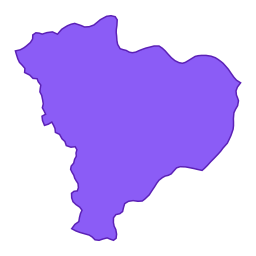 São José da Barra, Minas Gerais, Brazil
{"feature_id": "56859067B48655576438167", "entity_name": "São José da Barra", "entity_type": "district", "adm_level": 2, "iso_a3": "BRA", "parent_name": "Brazil", "parent_adm1": "Minas Gerais", "projection": "orthographic", "projection_center": [-46.25, -20.76], "detail": "fine", "context": "isolated", "style": "filled", "palette": "violet", "viewbox_px": 256, "rotation_deg": 0, "n_neighbors": 0, "source": "geoboundaries", "source_scale": "gbopen_adm2", "svg_char_len": 2396}
<svg xmlns="http://www.w3.org/2000/svg" viewBox="0 0 256 256"><path d="M102.9,239.0L107.2,237.9L110.3,239.2L113.5,240.3L116.1,238.3L116.6,234.2L115.8,229.6L114.1,226.1L113.4,222.5L113.5,217.8L115.9,214.6L119.8,213.7L122.6,211.5L123.6,207.2L124.7,203.6L128.5,201.3L133.1,200.6L138.0,201.3L142.3,201.0L144.9,199.0L146.9,197.1L149.2,194.9L151.7,191.0L154.6,186.7L156.7,183.3L159.0,180.2L162.5,177.5L165.3,176.0L168.1,175.4L171.2,173.9L173.9,170.8L176.5,167.9L180.1,166.7L185.6,166.9L190.8,167.9L194.6,168.7L197.9,169.5L202.1,170.4L204.4,168.4L207.3,165.5L210.8,161.6L213.7,158.7L215.9,156.4L218.1,154.1L220.6,151.3L222.8,148.3L224.8,146.0L227.3,143.2L229.2,139.3L230.9,135.6L232.0,132.5L233.1,129.2L233.5,125.7L233.5,121.8L233.4,118.7L233.9,112.8L235.4,109.5L237.6,105.7L238.5,100.8L237.6,98.0L236.4,95.0L236.0,90.9L237.4,87.1L240.6,82.8L236.5,80.2L233.9,77.3L231.0,73.2L228.3,69.2L225.6,66.1L223.1,63.3L220.9,61.5L218.2,59.5L215.3,57.7L211.1,56.2L206.0,55.4L201.6,55.4L198.2,55.7L195.2,56.4L192.4,58.1L189.0,60.2L185.3,62.4L182.4,63.3L178.9,62.6L175.0,60.7L171.3,57.7L167.8,53.9L165.1,50.8L162.3,48.2L159.0,46.0L154.1,46.0L149.8,47.1L145.8,48.1L142.2,49.4L138.6,50.8L135.8,52.1L132.4,52.7L129.4,52.2L126.1,50.4L123.2,49.7L120.1,48.7L117.6,44.3L116.9,40.5L116.6,36.0L116.2,32.6L116.3,29.6L116.9,25.4L117.2,19.8L115.2,16.7L111.0,15.7L106.6,16.3L103.8,17.8L100.3,19.7L97.1,22.4L93.9,25.0L89.3,26.7L84.5,27.0L81.1,25.5L77.7,24.4L74.7,23.4L71.2,24.2L67.5,25.7L64.5,27.5L61.7,29.3L59.7,31.6L57.5,34.2L52.5,31.9L46.9,32.6L42.2,34.1L39.1,33.1L35.8,32.8L32.8,34.9L32.6,39.0L30.4,42.5L26.5,45.9L23.8,47.9L20.3,49.8L15.4,50.9L16.4,54.4L17.8,58.8L19.5,62.4L22.2,65.2L24.9,68.4L24.6,72.5L29.8,75.1L33.0,78.4L37.1,78.7L38.3,81.8L40.8,85.1L40.2,88.7L39.9,91.9L41.7,95.4L42.6,99.8L43.3,103.9L42.3,107.8L44.0,110.8L45.6,114.2L42.0,116.2L42.5,120.5L44.5,125.4L48.3,124.2L51.8,122.1L53.6,125.4L55.0,128.5L55.4,132.4L59.6,134.4L62.0,138.8L64.9,141.5L66.3,145.6L70.9,147.2L75.2,146.7L76.9,149.7L76.0,153.0L76.3,156.2L74.6,159.3L73.7,163.1L71.2,166.1L70.6,169.3L72.1,172.4L73.8,175.2L74.7,178.2L76.2,180.8L78.0,183.5L78.4,187.7L77.3,190.9L74.0,191.3L71.5,193.3L71.7,197.9L73.0,201.7L75.9,204.5L79.8,207.2L82.0,210.2L80.5,213.5L79.5,217.4L78.8,221.6L74.9,224.4L71.7,228.7L75.8,230.9L79.8,232.4L84.0,233.6L89.3,235.1L92.2,237.0L95.0,239.8L99.1,240.3L102.9,239.0Z" fill="#8b5cf6" stroke="#5b21b6" stroke-width="1.5"/></svg>